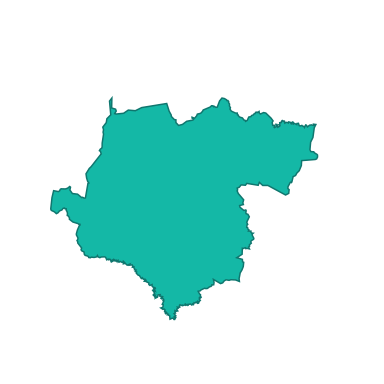 the district of Sultepec, México, Mexico, rotated 251°
{"feature_id": "50627088B3947327185408", "entity_name": "Sultepec", "entity_type": "district", "adm_level": 2, "iso_a3": "MEX", "parent_name": "Mexico", "parent_adm1": "México", "projection": "albers", "projection_center": [-100.013, 18.721], "detail": "fine", "context": "isolated", "style": "filled", "palette": "teal", "viewbox_px": 384, "rotation_deg": 251, "n_neighbors": 0, "source": "geoboundaries", "source_scale": "gbopen_adm2", "svg_char_len": 5975}
<svg xmlns="http://www.w3.org/2000/svg" viewBox="0 0 384 384"><g transform="rotate(251 192 192)"><path d="M306.9,146.8L304.8,143.6L291.4,140.3L289.0,135.4L285.5,133.5L282.4,128.8L279.6,128.6L277.5,127.4L275.5,127.2L267.5,123.0L263.9,121.7L262.9,121.0L262.3,119.1L261.2,117.9L260.2,118.7L257.6,118.5L248.8,104.9L247.7,102.5L243.7,97.7L239.5,96.9L236.1,96.8L234.1,97.4L234.0,96.4L221.1,89.3L221.3,88.0L222.6,86.9L222.6,85.9L227.2,83.1L229.5,78.4L233.6,77.2L236.1,78.7L237.0,78.2L236.1,75.6L236.1,73.3L237.6,69.3L237.4,68.3L236.2,67.2L235.9,65.8L238.3,61.6L232.3,57.8L221.9,52.9L220.4,53.0L218.1,55.4L215.7,56.7L216.0,58.6L217.2,60.5L217.4,63.2L218.5,64.8L218.3,66.3L217.3,66.6L217.1,67.6L215.3,67.1L214.4,67.5L212.3,67.3L210.4,66.4L209.7,67.2L207.5,67.7L206.1,67.2L202.4,69.6L199.1,74.1L198.4,74.4L198.1,75.5L197.3,75.5L197.1,74.7L193.4,71.3L190.2,69.1L189.1,68.7L185.8,69.2L184.7,68.8L183.4,67.4L182.6,67.8L180.9,67.4L175.0,69.4L173.5,68.3L172.4,68.5L170.4,70.4L168.3,69.9L166.9,70.3L165.4,72.5L164.5,73.1L163.7,73.0L162.9,74.5L163.2,75.6L162.0,78.1L161.7,80.8L162.7,81.9L161.2,82.1L159.9,83.5L160.1,85.0L159.1,88.4L158.2,89.1L155.6,89.3L155.9,90.9L154.9,91.3L155.3,92.3L154.7,92.9L153.5,92.9L153.4,93.7L152.6,92.8L152.1,92.9L152.6,95.6L153.7,95.3L153.9,96.0L152.5,97.2L152.0,96.6L151.7,96.9L152.0,98.4L150.9,98.3L151.4,99.8L149.8,99.4L150.0,100.2L149.4,100.7L149.8,101.4L147.6,103.6L148.9,104.5L147.1,105.4L146.4,104.4L146.3,105.6L143.9,106.9L144.1,109.8L143.2,108.9L142.6,111.7L141.1,111.8L140.3,111.2L140.1,112.4L140.9,113.1L139.2,112.3L138.1,112.8L137.2,112.3L136.4,113.7L135.3,112.5L134.5,113.6L133.3,112.9L130.9,114.0L130.1,115.1L126.7,115.9L126.4,116.4L127.0,117.1L125.3,117.8L124.9,119.1L124.1,119.1L123.2,117.8L122.6,118.9L123.4,119.7L121.5,120.0L120.2,121.6L118.5,121.1L117.4,121.8L117.5,124.1L116.1,123.6L114.6,124.3L113.5,125.9L112.8,126.0L112.5,125.5L112.9,124.5L110.8,124.8L112.1,123.8L111.9,122.8L110.0,123.4L110.2,124.3L108.8,123.4L108.1,123.6L107.3,121.8L106.8,121.9L106.3,123.7L105.3,122.5L104.8,122.6L104.4,123.8L103.6,123.0L103.8,125.1L105.8,126.5L105.3,128.5L104.1,127.6L102.6,130.2L102.1,129.8L102.3,128.7L101.6,128.0L100.8,128.6L100.6,129.9L99.7,130.3L98.8,129.3L98.4,129.9L97.9,129.7L95.5,127.3L94.8,128.1L92.8,127.1L92.4,126.6L92.5,124.8L90.4,126.4L90.6,127.4L89.5,128.1L88.6,127.6L87.6,128.1L88.0,127.3L87.8,127.1L86.7,127.8L85.9,127.3L85.5,127.5L86.0,128.6L84.8,129.1L84.1,128.7L84.0,129.8L83.3,129.5L82.3,130.6L78.9,129.8L79.1,132.2L78.5,133.4L77.4,133.4L77.1,134.1L78.6,135.7L79.3,134.5L79.9,134.5L80.2,136.4L82.8,135.4L82.9,137.0L84.1,136.8L85.4,137.3L84.4,138.2L84.2,139.8L85.8,139.3L86.4,139.7L86.6,141.1L87.9,140.7L87.1,142.9L89.0,143.3L89.3,144.0L88.2,145.0L88.2,146.0L87.6,146.1L87.5,148.5L88.3,149.2L87.6,149.7L87.0,149.4L87.0,150.2L86.4,150.6L87.0,151.4L86.4,151.8L86.9,152.2L86.5,154.3L85.3,154.8L85.3,155.8L85.9,156.2L85.1,156.8L86.7,157.9L86.1,158.7L86.6,160.0L85.4,160.7L86.9,161.7L86.6,162.0L84.9,161.4L84.8,162.0L86.1,163.1L86.9,164.6L88.1,164.0L89.9,164.7L89.9,165.3L89.1,165.6L89.5,166.4L90.8,166.1L92.2,166.6L92.9,166.0L96.1,165.5L95.9,167.7L96.5,168.7L96.9,172.6L96.1,173.7L95.8,175.2L96.7,177.9L96.5,179.1L97.1,180.3L97.8,180.6L97.2,182.3L99.3,183.4L102.4,183.8L96.1,189.2L96.1,191.4L97.5,193.6L97.9,195.6L96.4,198.3L96.4,200.2L94.7,204.5L92.0,207.7L94.7,208.3L99.8,211.2L102.0,213.8L104.8,216.2L108.7,218.0L109.5,217.1L111.9,217.7L115.3,212.9L116.8,219.1L122.4,221.3L121.9,221.9L122.0,224.3L120.9,224.5L120.9,225.6L119.5,227.8L121.7,227.7L122.0,228.8L123.4,229.1L124.3,231.4L125.7,231.3L126.7,232.3L127.2,234.8L128.1,235.4L131.2,234.9L132.6,235.1L133.1,236.4L133.8,235.0L134.8,234.6L135.8,235.0L136.7,232.6L137.7,233.5L138.6,232.8L140.1,233.0L140.7,232.2L143.0,233.3L143.2,234.1L145.6,233.9L149.9,238.1L152.7,237.6L153.9,236.1L155.8,236.4L156.4,237.1L157.5,237.0L157.7,235.0L162.0,232.4L163.7,232.6L163.4,236.5L165.1,236.5L167.8,238.3L175.4,235.3L178.4,235.0L179.1,235.8L181.0,236.0L181.1,238.2L182.7,240.8L181.0,244.7L182.3,246.6L176.8,256.8L179.2,258.8L175.2,261.0L173.5,265.9L158.7,279.5L159.2,283.0L162.6,284.6L164.0,283.8L165.7,284.4L169.0,288.0L169.2,288.9L168.6,289.2L169.0,289.7L173.6,292.6L173.9,295.3L175.7,297.2L177.2,300.3L181.4,304.0L186.0,305.9L182.6,319.1L182.7,320.6L184.2,322.1L186.1,322.7L186.9,322.4L189.2,320.5L190.4,320.2L191.5,317.5L193.6,317.3L200.5,320.4L204.2,324.1L212.9,328.5L215.5,331.1L216.5,329.1L215.4,329.1L215.3,328.5L216.5,327.0L216.9,325.0L216.0,322.3L218.0,321.9L218.4,321.3L216.4,319.3L217.6,319.1L218.3,318.0L219.2,317.6L219.2,315.9L219.8,315.0L222.3,315.0L222.6,313.5L221.6,313.0L223.7,311.0L223.4,310.2L225.0,310.4L225.5,309.8L225.2,309.1L223.9,308.5L224.5,307.8L225.5,308.1L226.8,306.3L225.9,305.5L226.6,305.0L227.2,303.6L226.9,302.2L228.9,302.5L229.3,302.0L229.1,301.2L230.2,300.6L229.7,299.6L228.6,298.9L229.0,297.5L227.5,297.1L227.3,295.9L226.3,296.8L225.6,296.2L225.3,294.2L228.2,294.3L228.6,293.5L226.5,293.5L226.0,290.9L226.4,290.7L228.1,291.9L228.7,290.0L231.6,290.4L232.8,291.8L236.1,290.8L242.6,287.5L243.8,285.6L243.5,282.0L244.6,281.4L246.3,281.6L245.7,280.2L246.0,279.3L246.4,279.4L246.6,278.0L245.6,277.2L245.7,276.2L244.9,274.9L244.9,273.2L244.1,272.3L244.4,270.1L241.7,267.5L241.4,265.6L242.4,265.6L243.2,264.5L245.6,263.8L247.5,261.3L248.9,260.7L249.7,260.8L250.2,260.1L251.9,260.5L252.5,258.8L255.7,255.5L258.1,254.9L259.2,255.8L261.1,255.4L262.9,256.1L264.6,255.7L265.6,256.1L266.8,255.7L267.0,254.8L267.9,254.7L269.8,253.1L271.1,250.9L269.1,247.7L264.0,243.5L264.3,242.1L265.9,240.8L265.6,240.3L266.7,239.8L267.2,238.6L266.4,236.7L265.9,229.3L264.8,228.2L263.6,225.8L263.9,222.4L262.5,221.2L261.1,218.8L261.0,218.3L262.7,216.4L261.9,216.1L260.4,217.4L259.7,216.2L260.6,210.0L259.0,205.0L259.3,201.0L262.9,199.4L265.5,200.3L266.2,198.9L270.1,197.1L271.7,197.4L275.8,196.7L283.9,196.9L288.2,171.9L287.3,164.9L290.2,158.4L288.7,153.0L290.4,145.7L291.3,144.4L293.2,146.7L295.2,146.7L297.6,143.4L306.9,146.8Z" fill="#14b8a6" stroke="#0f766e" stroke-width="1.5"/></g></svg>